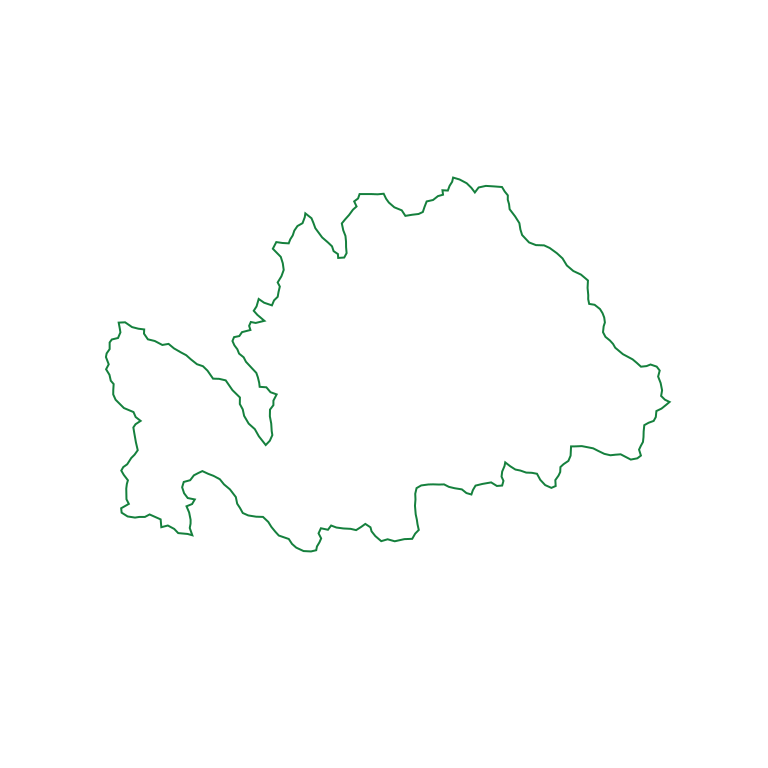 the district of São Luiz do Paraitinga, São Paulo, Brazil, rotated 115°
{"feature_id": "56859067B61119921989144", "entity_name": "São Luiz do Paraitinga", "entity_type": "district", "adm_level": 2, "iso_a3": "BRA", "parent_name": "Brazil", "parent_adm1": "São Paulo", "projection": "equal_earth", "projection_center": [-45.237, -23.241], "detail": "fine", "context": "isolated", "style": "outline", "palette": "green", "viewbox_px": 768, "rotation_deg": 115, "n_neighbors": 0, "source": "geoboundaries", "source_scale": "gbopen_adm2", "svg_char_len": 4582}
<svg xmlns="http://www.w3.org/2000/svg" viewBox="0 0 768 768"><g transform="rotate(115 384 384)"><path d="M512.4,293.0L506.4,292.5L501.6,290.8L496.9,294.4L493.2,296.8L488.7,300.2L481.2,304.5L475.3,306.7L470.3,309.3L464.6,310.5L460.2,307.4L456.3,301.3L454.2,297.1L451.9,291.7L449.6,287.1L449.8,281.7L448.6,275.9L446.6,268.9L448.0,263.2L447.2,258.1L442.6,258.6L437.4,258.1L433.0,252.6L427.9,245.3L428.7,238.6L426.1,234.0L421.3,234.8L418.3,238.3L413.4,239.9L407.4,240.1L403.8,241.0L405.2,234.8L406.0,228.8L404.8,223.8L404.2,217.7L402.0,212.5L400.7,207.4L404.8,201.9L407.5,195.2L407.4,188.4L403.9,185.3L398.7,188.1L393.2,187.1L389.3,187.1L384.7,189.0L380.8,187.4L375.8,184.4L370.1,184.6L361.5,188.1L359.5,183.9L356.7,178.5L355.1,172.1L353.9,167.2L354.1,161.8L354.2,154.8L352.9,148.7L350.3,144.4L347.7,139.8L348.2,128.4L344.3,123.0L340.3,120.9L335.7,125.1L331.5,125.1L327.1,124.8L322.4,126.4L317.3,128.6L311.3,130.7L307.3,127.8L303.5,124.0L299.1,123.7L293.4,125.7L289.0,122.1L283.7,119.5L279.6,117.6L279.5,122.8L277.7,127.8L272.2,129.3L266.2,133.7L261.4,138.7L255.3,139.8L253.0,144.2L253.7,150.7L256.8,153.6L259.7,158.4L258.0,163.9L256.6,169.1L256.0,180.1L253.4,189.8L250.9,193.3L249.1,197.6L247.7,203.2L244.5,207.4L238.9,209.3L234.9,209.8L230.7,212.5L227.5,215.8L224.8,219.9L223.2,226.6L224.7,231.9L220.8,234.8L217.2,236.4L210.9,240.1L204.0,242.9L201.6,251.7L201.6,260.1L199.3,268.4L194.7,275.3L192.4,282.6L190.7,291.3L190.7,297.5L193.9,305.0L194.4,312.4L190.6,321.8L186.3,325.7L181.0,329.3L176.7,336.0L172.5,344.0L168.1,346.7L164.7,349.7L160.7,351.5L158.5,356.0L155.6,360.3L158.5,368.0L161.4,375.4L165.9,381.3L172.0,382.6L169.3,387.7L167.1,393.9L166.7,401.9L167.7,408.6L171.9,407.7L176.7,408.3L181.7,407.9L183.7,412.9L187.5,410.5L190.9,414.5L196.5,417.3L200.5,422.5L206.5,422.1L211.7,421.5L215.3,424.5L218.7,430.0L222.6,435.7L219.1,441.3L219.5,449.3L217.5,456.3L215.2,460.4L211.7,464.7L214.8,470.0L217.4,476.2L219.9,481.5L222.2,486.4L226.8,485.9L231.1,488.2L234.7,483.9L239.1,485.8L245.6,487.1L251.2,488.8L256.3,490.1L261.9,485.9L266.1,481.5L271.0,478.6L276.0,476.2L281.2,473.2L286.2,473.5L289.1,478.8L285.7,480.7L284.9,485.8L281.2,489.3L279.5,494.3L277.3,502.0L271.8,512.1L267.8,516.1L264.4,519.8L262.6,527.4L266.3,526.3L272.7,525.8L277.4,529.2L282.9,530.1L287.9,529.5L292.5,530.1L296.8,529.8L299.1,535.6L300.9,541.6L308.4,541.9L312.4,531.3L317.3,526.8L323.0,523.1L329.7,522.5L336.9,523.3L339.7,519.6L345.1,518.5L349.9,517.2L354.7,519.0L360.1,518.8L361.0,527.0L359.9,533.5L367.5,532.3L372.7,533.0L374.9,527.9L377.3,519.1L382.9,526.1L384.1,530.9L388.3,530.8L391.5,527.9L397.0,534.6L401.7,535.4L404.9,539.7L409.1,539.5L412.2,535.9L414.5,531.6L417.7,528.2L419.1,522.5L422.2,518.5L425.5,510.4L427.9,504.4L431.3,501.1L435.7,497.6L439.1,495.5L436.7,489.2L439.4,483.4L438.8,476.9L445.8,477.2L449.9,475.3L455.4,476.5L461.5,473.8L467.5,469.5L474.1,465.9L477.5,463.6L483.7,463.5L489.3,465.4L484.3,475.3L479.5,482.0L477.1,489.9L472.0,497.3L466.7,501.3L463.1,506.2L457.1,508.9L453.6,518.8L447.6,529.0L449.0,535.6L451.4,541.2L446.5,549.6L444.4,555.6L445.1,561.9L443.3,569.4L441.5,575.4L441.2,581.2L440.5,589.3L438.7,596.2L442.3,601.4L441.9,609.9L443.3,616.9L439.8,622.8L435.9,624.4L437.7,630.0L438.9,636.4L437.5,644.7L440.5,650.4L445.1,647.1L448.6,644.7L454.7,644.5L458.7,649.5L462.3,650.2L468.3,647.4L473.5,648.3L477.1,647.4L482.5,641.8L488.1,642.1L491.7,636.7L496.5,633.0L498.3,629.0L503.9,626.8L507.9,625.0L511.7,620.6L515.7,609.6L515.3,599.2L518.9,595.1L520.3,589.0L525.5,592.2L529.3,592.8L534.0,589.6L541.7,584.2L548.1,579.2L553.5,580.2L557.9,581.8L565.3,582.8L569.5,585.2L573.5,585.5L576.3,581.5L579.5,575.4L583.3,574.8L587.7,573.4L592.6,571.0L597.3,568.7L600.5,564.6L607.7,569.7L611.5,567.4L612.4,560.4L610.3,553.2L607.9,549.6L605.5,544.5L601.3,541.3L601.1,529.2L607.9,525.3L603.6,520.1L604.0,512.9L606.1,507.5L602.9,498.6L602.1,493.8L596.6,499.2L592.3,500.3L588.8,501.9L582.8,506.3L578.3,511.3L573.9,507.2L568.6,506.7L570.3,513.7L567.5,519.0L562.9,523.3L557.4,524.1L553.1,519.0L547.1,517.7L543.2,514.7L539.7,511.8L539.7,505.3L539.3,499.8L539.7,492.5L542.6,486.6L544.6,479.1L549.1,470.5L554.5,466.5L557.3,462.0L560.6,457.5L560.5,451.5L558.3,443.8L555.6,437.5L557.9,430.6L561.1,425.7L563.8,420.1L565.8,415.3L564.7,404.8L567.8,399.8L569.4,394.4L569.4,386.3L566.6,379.4L563.3,375.2L559.6,376.1L554.8,375.6L550.5,375.7L547.0,380.2L541.4,380.2L539.8,373.2L534.6,372.1L534.2,366.5L532.1,359.8L529.4,353.1L528.2,347.5L523.0,344.2L518.7,341.8L519.6,335.7L522.8,333.0L525.5,327.6L527.6,320.1L523.2,315.1L522.0,307.8L516.0,300.0L512.4,293.0Z" fill="none" stroke="#15803d" stroke-width="2"/></g></svg>